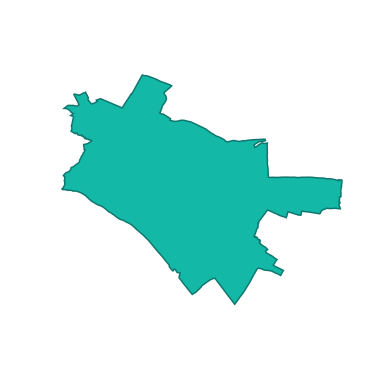 outline of Bacles, Mehedinti, Romania, rotated 17°
{"feature_id": "2599482B78289781557705", "entity_name": "Bacles", "entity_type": "district", "adm_level": 2, "iso_a3": "ROU", "parent_name": "Romania", "parent_adm1": "Mehedinti", "projection": "equal_earth", "projection_center": [23.15, 44.465], "detail": "fine", "context": "isolated", "style": "filled", "palette": "teal", "viewbox_px": 384, "rotation_deg": 17, "n_neighbors": 0, "source": "geoboundaries", "source_scale": "gbopen_adm2", "svg_char_len": 5929}
<svg xmlns="http://www.w3.org/2000/svg" viewBox="0 0 384 384"><g transform="rotate(17 192 192)"><path d="M284.1,245.5L289.3,244.5L292.0,244.4L294.2,244.9L296.6,245.2L297.9,245.2L301.2,245.9L302.3,240.3L291.1,238.4L292.6,232.8L293.1,231.7L291.1,231.2L287.2,229.8L281.8,228.7L279.8,227.8L279.6,227.4L280.7,225.5L281.2,224.9L278.4,223.3L277.9,223.2L277.4,223.2L273.5,222.0L272.6,221.4L272.0,221.3L271.5,221.3L271.6,220.1L271.4,220.1L271.7,219.0L271.1,219.0L270.9,218.0L270.3,218.0L269.8,218.3L268.9,217.7L268.3,217.5L268.2,217.4L268.2,217.1L267.8,217.0L267.6,216.9L267.3,216.2L267.1,216.2L266.7,216.3L266.6,216.8L266.4,216.9L266.1,216.8L266.0,216.4L265.8,216.3L264.9,216.9L264.5,216.6L264.4,216.3L264.3,215.7L264.6,215.6L264.6,215.0L264.8,210.7L264.7,209.2L264.8,208.4L265.5,206.7L264.7,203.6L264.8,202.5L264.9,202.1L264.2,202.0L265.9,197.0L268.0,191.4L269.4,187.2L270.5,187.3L271.5,187.3L274.5,187.7L275.3,187.6L276.1,188.1L277.1,188.0L278.8,188.2L279.2,188.2L281.2,188.6L281.7,188.4L282.1,188.7L283.4,188.9L284.0,188.8L285.3,188.9L286.3,188.8L288.7,188.9L289.7,189.0L289.6,182.8L300.5,182.9L302.3,182.5L302.3,182.3L303.0,182.2L302.5,178.3L310.2,176.9L318.8,175.7L319.1,175.8L320.5,175.4L320.8,175.1L321.1,173.1L321.7,171.6L322.7,170.5L324.4,169.2L325.2,168.4L326.1,168.0L328.9,167.5L332.3,166.2L334.4,165.5L337.4,165.1L338.5,164.8L338.8,164.6L336.1,161.0L336.2,160.5L336.7,159.5L336.7,159.0L336.5,158.7L335.6,158.5L335.4,158.3L335.8,158.1L335.7,157.8L334.5,153.6L335.7,153.2L335.8,152.9L334.8,149.5L333.8,147.0L333.4,143.0L333.2,143.0L332.5,138.9L332.2,137.3L332.0,137.0L331.7,136.7L330.1,137.2L329.0,137.2L329.0,138.3L327.6,138.1L327.3,138.4L324.5,138.4L320.9,138.8L317.1,140.0L315.4,140.0L314.9,140.2L313.1,140.3L310.1,141.3L304.9,142.4L302.6,142.8L297.3,144.3L295.1,145.1L292.6,145.8L289.9,147.0L288.5,147.4L285.9,147.8L282.6,148.9L280.3,149.5L278.6,150.0L274.9,151.1L269.2,153.2L264.6,154.4L261.6,155.5L261.1,155.5L260.6,155.1L260.3,154.5L257.1,145.5L255.7,143.1L255.2,140.7L255.0,140.0L253.3,135.3L252.9,133.4L251.7,129.8L251.5,129.0L251.0,128.0L249.8,123.8L249.7,123.1L248.4,123.9L247.3,124.3L246.7,124.5L245.1,124.4L244.4,124.7L243.4,125.8L243.1,126.3L241.9,127.2L241.4,128.6L240.9,129.0L240.0,130.1L239.0,131.0L238.5,130.0L237.6,129.2L238.6,127.4L239.5,126.5L240.3,125.4L241.3,124.5L241.9,124.0L246.1,122.2L247.0,121.5L247.2,121.4L247.2,121.1L246.4,120.1L234.8,124.3L230.2,126.3L227.8,127.4L225.0,128.4L223.0,129.7L219.4,130.3L218.4,130.3L216.7,130.6L215.4,131.2L212.6,133.0L212.0,133.3L209.8,133.9L208.6,133.0L207.2,132.5L202.8,131.6L199.0,131.4L197.1,131.0L194.8,130.2L193.6,130.2L186.6,127.7L170.7,125.3L166.6,125.6L163.9,125.7L163.1,125.9L161.6,126.2L159.9,126.9L159.5,127.1L159.3,127.4L157.3,128.6L156.6,128.8L154.6,129.6L152.7,129.8L149.9,129.8L150.1,128.3L149.1,127.9L144.8,126.7L143.5,126.5L142.9,126.1L142.0,126.0L141.1,126.0L140.4,126.3L138.0,125.8L138.5,123.7L138.5,120.9L138.6,120.2L138.5,119.8L138.5,118.9L138.9,116.8L139.4,116.0L140.1,113.5L140.4,111.5L140.4,110.3L139.0,108.0L136.7,106.2L136.5,105.9L136.3,105.2L138.6,101.4L139.6,99.9L141.5,96.6L141.5,96.4L140.9,96.5L140.0,96.0L129.4,95.4L126.7,94.9L123.4,94.5L117.0,94.1L114.0,94.2L113.4,94.3L112.3,94.8L111.3,94.6L110.2,94.7L105.7,116.1L105.3,115.8L105.2,116.0L104.9,116.8L105.0,116.8L101.4,129.0L100.7,132.0L77.2,129.5L73.7,132.1L75.0,132.9L73.0,135.1L72.1,135.9L70.3,137.0L70.0,137.1L66.4,134.8L65.9,134.4L65.5,133.8L65.2,132.1L64.3,131.1L61.0,127.7L58.8,129.5L58.0,130.4L55.6,132.6L53.9,132.4L51.6,132.6L50.5,133.1L51.4,134.2L54.7,137.5L58.5,141.5L57.2,143.3L55.8,143.8L53.7,143.8L51.8,144.3L50.3,144.8L48.6,145.2L47.7,146.0L46.4,147.7L45.2,149.5L47.4,149.0L48.9,148.9L49.8,149.4L51.5,149.9L53.2,151.1L55.6,151.8L53.6,154.4L55.7,154.3L56.6,154.4L57.4,162.5L57.4,163.4L57.3,163.6L57.6,164.6L58.1,165.2L58.7,166.9L58.6,169.2L63.2,170.4L63.4,170.1L64.1,169.8L64.3,169.4L64.7,169.2L65.8,170.5L66.2,170.5L66.3,170.7L68.2,170.5L68.8,170.4L69.6,169.9L70.4,169.9L70.4,170.2L70.7,170.4L70.6,170.6L71.5,170.5L72.0,170.8L72.1,171.1L72.4,170.9L73.4,171.1L73.9,171.5L73.8,171.8L73.7,172.2L74.0,172.3L74.3,172.2L74.6,171.7L74.8,171.7L75.4,171.8L75.4,172.2L75.6,172.3L76.3,171.8L77.2,171.8L77.7,172.3L78.6,171.8L79.2,172.1L79.8,172.0L80.1,172.2L80.7,172.2L81.1,172.6L80.2,173.3L80.1,174.0L79.7,174.5L78.9,175.2L78.3,176.0L77.7,176.5L74.5,178.3L74.5,178.5L76.1,181.6L76.4,182.6L76.4,182.9L77.4,183.0L77.1,185.7L76.7,186.2L76.5,188.4L75.7,190.6L75.9,192.0L75.6,192.7L75.3,193.9L75.5,196.3L74.9,197.4L73.5,199.1L70.7,203.0L70.1,203.2L69.6,203.6L69.3,204.1L69.5,205.5L69.5,205.9L69.2,206.4L68.8,207.6L67.8,209.0L66.0,210.2L64.2,213.6L64.2,213.9L64.6,214.2L65.0,214.3L66.1,214.8L66.0,215.5L66.6,216.5L66.7,217.1L66.6,217.3L66.7,217.7L66.5,218.0L66.9,219.2L67.6,220.1L67.8,221.2L68.3,222.2L67.9,223.6L67.8,224.8L67.6,224.9L67.5,225.5L67.5,226.5L66.8,227.0L67.4,227.6L69.5,226.9L70.5,226.8L71.5,226.8L72.9,226.7L74.2,226.2L76.0,225.8L76.8,225.7L78.4,226.0L79.1,225.4L81.2,225.0L84.7,225.1L86.4,225.3L91.4,226.6L95.0,228.5L98.3,230.0L104.6,231.6L105.6,231.8L108.1,231.8L111.6,232.5L114.8,233.7L118.2,235.3L121.1,235.7L122.6,236.4L124.3,236.9L127.9,238.3L130.2,238.9L131.1,239.2L134.8,239.2L137.6,239.9L140.8,240.3L144.1,241.2L147.3,242.6L148.7,243.4L151.1,244.5L158.6,247.8L162.0,249.7L164.3,250.8L177.5,259.5L183.2,262.9L186.3,265.2L191.2,268.3L191.6,268.7L191.8,269.5L192.5,270.4L193.9,271.2L194.0,271.5L195.9,272.7L196.6,273.0L197.0,273.0L197.5,271.3L197.4,270.7L197.7,270.7L198.3,271.0L199.4,271.6L200.9,273.0L201.4,273.3L202.3,273.2L203.3,273.0L204.2,272.9L204.6,277.3L204.9,278.0L208.7,280.6L209.1,281.0L222.2,289.9L223.4,288.4L224.9,286.9L225.3,286.2L225.7,285.6L226.0,284.6L227.2,282.9L227.9,281.3L228.4,280.7L228.5,280.4L228.5,279.8L229.7,277.5L230.5,276.7L232.9,273.4L235.8,269.9L239.0,267.7L265.7,286.9L268.5,278.6L270.4,273.7L273.7,261.2L275.3,252.8L277.0,245.9L277.5,245.6L279.8,245.2L284.1,245.5Z" fill="#14b8a6" stroke="#0f766e" stroke-width="1.5"/></g></svg>